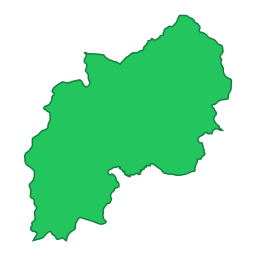 the district of Rueso, Narathiwat, Thailand
{"feature_id": "78962969B48534780184393", "entity_name": "Rueso", "entity_type": "district", "adm_level": 2, "iso_a3": "THA", "parent_name": "Thailand", "parent_adm1": "Narathiwat", "projection": "mercator", "projection_center": [101.513, 6.372], "detail": "fine", "context": "isolated", "style": "filled", "palette": "green", "viewbox_px": 256, "rotation_deg": 0, "n_neighbors": 0, "source": "geoboundaries", "source_scale": "gbopen_adm2", "svg_char_len": 5772}
<svg xmlns="http://www.w3.org/2000/svg" viewBox="0 0 256 256"><path d="M186.3,15.6L181.5,15.4L179.3,15.7L178.2,17.9L176.8,21.6L176.0,22.8L172.7,26.4L171.3,26.6L170.0,26.3L168.7,26.5L167.3,27.8L165.3,28.7L164.5,29.4L164.1,31.4L163.3,32.8L163.1,33.3L163.5,34.4L163.0,35.1L161.0,35.5L159.9,36.3L159.9,36.8L159.3,37.7L158.6,37.9L157.7,38.8L155.7,39.9L153.6,40.1L153.3,39.9L153.0,39.0L151.9,38.6L151.5,38.6L150.6,40.4L148.0,40.9L148.1,42.8L146.9,43.5L146.4,44.8L144.6,46.2L143.9,47.1L143.2,49.7L142.5,50.6L140.3,50.7L138.2,52.2L137.0,52.7L134.7,52.9L132.8,52.8L130.2,54.5L128.5,56.1L126.9,57.0L125.5,58.2L123.3,60.7L121.6,62.3L120.1,64.3L119.0,63.3L118.6,63.1L117.8,63.0L117.1,62.7L116.2,61.8L113.2,61.5L112.0,60.5L109.7,60.1L109.2,59.9L105.7,57.5L104.6,56.4L104.1,55.4L103.4,55.0L99.7,54.4L95.8,54.0L87.7,53.7L85.9,52.6L85.4,52.5L84.6,52.7L85.9,54.3L86.4,55.6L86.1,56.6L84.5,59.3L84.3,60.6L84.3,62.0L84.6,62.5L86.6,64.1L87.0,65.2L85.7,70.1L85.7,70.9L85.9,71.5L87.1,72.8L88.1,74.3L88.4,75.8L88.3,78.2L88.5,79.4L89.1,80.9L90.0,82.2L89.5,84.4L88.4,85.9L87.0,86.7L86.2,86.8L85.3,86.5L84.2,85.7L83.8,85.2L81.4,81.0L80.4,80.2L79.3,79.9L71.7,81.6L70.1,82.3L68.5,82.8L66.7,82.8L64.9,82.5L63.6,82.1L62.2,82.0L60.7,82.8L58.3,84.3L54.2,87.4L53.3,88.5L52.4,90.4L52.2,91.6L52.5,92.1L54.2,93.3L54.4,94.0L54.0,94.7L52.6,95.9L51.9,97.1L51.9,99.9L50.2,103.1L49.2,104.4L48.7,104.8L47.1,105.6L45.1,106.3L43.9,107.6L43.7,108.1L43.9,108.7L48.2,111.8L49.6,112.3L49.9,112.7L50.2,119.2L50.0,120.0L48.1,124.7L48.0,125.5L48.0,127.3L47.7,127.8L45.8,129.5L44.4,130.2L42.7,130.4L41.9,130.9L37.7,135.2L35.8,136.1L33.3,137.8L32.5,138.7L32.3,139.9L32.3,142.6L32.5,144.7L32.3,145.9L31.8,146.9L29.2,150.7L25.7,153.2L24.6,156.2L25.0,158.5L25.0,161.3L26.2,164.3L28.4,166.1L30.3,167.2L33.4,169.9L33.9,170.5L34.2,171.3L34.4,172.9L34.2,176.5L33.9,178.1L33.4,179.5L32.5,181.1L29.5,184.3L29.3,185.0L29.3,185.6L30.7,189.5L30.8,190.4L30.4,196.7L30.8,197.4L31.4,197.9L33.4,198.9L33.8,199.3L34.1,200.0L34.2,201.1L34.2,203.9L34.9,205.2L35.6,205.7L36.2,206.4L36.5,207.2L36.5,208.6L34.8,211.2L34.5,212.2L34.5,213.3L35.2,217.8L35.0,219.1L34.4,220.5L33.6,221.3L32.3,222.1L31.9,222.7L31.8,223.6L32.1,224.4L32.1,225.4L31.6,226.3L30.9,227.0L30.5,229.0L32.3,231.2L33.0,231.4L34.8,231.4L35.9,232.2L36.8,233.1L37.1,233.8L36.9,234.7L35.1,237.1L33.2,240.5L39.5,238.9L42.9,237.7L46.6,233.5L48.7,231.9L50.3,231.5L51.5,232.3L51.9,233.7L52.7,234.7L54.5,235.6L55.5,236.9L56.1,238.1L56.9,239.2L58.5,239.2L61.9,238.0L63.6,238.5L65.2,240.1L66.3,240.6L66.8,239.2L67.2,236.6L69.3,233.2L71.9,231.1L74.2,229.7L75.1,228.8L75.3,226.2L75.8,223.2L78.1,219.1L79.0,218.0L80.3,217.5L91.5,220.9L99.2,223.8L101.5,224.2L104.0,223.6L105.4,222.9L106.2,221.7L105.5,220.8L104.0,219.7L103.0,216.3L102.9,215.1L103.4,212.4L103.1,210.4L103.4,209.1L104.8,206.6L106.3,204.9L107.5,203.1L109.1,203.4L109.6,203.1L110.1,202.4L111.4,199.6L111.4,198.8L110.7,196.6L110.6,194.8L111.7,192.6L113.3,191.3L114.4,190.1L114.4,188.6L118.4,187.0L118.8,186.7L119.0,186.1L118.8,184.1L118.4,182.6L116.4,180.7L116.2,179.4L115.4,177.1L114.1,175.4L113.0,174.4L112.1,174.0L111.6,174.1L110.8,174.8L110.0,174.8L108.9,174.1L108.0,173.2L108.1,171.5L108.5,170.6L109.1,170.0L111.3,168.9L113.4,167.6L117.4,166.9L118.2,166.5L118.4,166.2L119.3,166.7L120.2,166.9L120.4,167.2L120.3,167.6L119.5,167.7L119.4,167.9L119.5,168.2L122.3,170.0L122.9,171.4L123.6,171.2L123.8,172.0L124.2,171.8L124.9,171.9L125.1,173.3L124.7,174.2L125.4,174.7L125.9,174.8L126.0,175.2L126.4,175.2L126.8,174.9L127.6,175.1L127.7,176.0L128.9,175.6L128.9,176.4L129.1,176.7L129.6,176.4L130.0,176.5L130.3,176.3L130.5,175.9L130.5,174.8L130.8,174.5L131.8,174.8L133.5,174.9L134.7,174.4L135.4,173.7L136.1,173.4L136.8,173.4L137.4,173.9L137.6,173.7L137.4,173.4L137.7,173.2L137.9,173.3L138.3,174.1L138.7,174.5L139.8,174.4L140.1,174.0L140.0,173.7L140.3,173.3L140.0,172.5L140.0,172.0L140.9,171.8L141.2,171.5L140.6,170.6L140.7,170.0L140.9,169.9L141.6,170.3L142.6,169.9L143.2,168.8L144.0,169.1L144.2,168.7L144.3,167.7L145.2,167.0L145.5,166.3L146.2,167.0L146.5,167.0L146.6,165.6L147.4,165.6L148.2,165.4L148.9,165.9L150.1,165.8L150.7,164.6L150.6,164.1L150.9,163.6L152.2,163.6L154.7,165.1L158.4,167.8L161.0,169.4L162.4,171.5L164.2,173.0L168.2,174.0L172.8,174.2L176.3,175.3L180.3,175.2L186.1,174.0L190.3,172.3L191.2,171.7L194.5,171.2L195.2,169.8L194.5,168.3L194.7,167.7L195.3,167.1L195.7,165.2L196.4,163.5L197.5,161.6L197.5,161.0L197.0,159.6L197.9,159.0L199.9,159.2L200.8,159.0L201.2,158.2L201.8,157.7L202.3,156.3L203.6,155.4L204.3,155.2L204.7,154.1L204.7,153.0L203.9,152.4L203.8,152.0L204.2,150.9L204.2,150.2L203.4,148.0L202.1,143.0L200.3,142.9L198.8,142.0L198.1,140.4L198.0,139.6L198.1,138.6L198.7,137.6L199.5,136.6L203.1,134.8L204.4,133.0L204.9,132.6L206.5,132.7L208.2,133.8L208.8,133.9L209.6,133.4L211.3,133.8L211.7,133.7L212.5,132.1L213.0,130.3L214.5,129.4L215.6,128.5L217.4,128.8L219.7,130.1L222.3,130.3L219.3,127.6L219.0,126.0L216.9,124.5L216.1,123.6L214.6,121.5L213.9,119.9L213.8,118.2L214.4,116.8L216.1,114.5L216.4,113.2L215.8,111.8L214.3,109.8L214.1,108.6L213.0,107.7L212.2,106.5L212.2,105.1L213.4,104.5L214.8,104.3L215.9,103.6L217.7,101.8L219.0,100.8L220.4,100.3L223.1,99.6L226.4,99.3L227.9,98.8L228.3,97.0L228.5,94.5L228.9,93.3L230.3,91.1L231.1,88.6L231.4,80.1L230.5,79.1L228.1,78.1L225.8,76.6L225.0,75.5L223.9,73.8L223.6,72.6L223.3,71.1L223.1,67.5L221.7,65.2L220.8,62.5L221.1,61.2L221.6,60.1L221.4,58.8L220.4,57.9L220.1,56.6L220.6,55.2L222.3,53.3L223.0,51.7L222.6,47.7L222.1,46.0L221.0,45.1L218.4,44.4L215.7,41.0L214.4,39.9L213.3,39.3L209.1,37.8L208.1,36.9L206.1,34.6L205.1,33.9L202.8,32.6L200.1,32.1L199.3,31.1L199.1,30.0L199.9,28.4L199.9,26.7L197.5,23.5L195.3,22.7L194.4,22.1L194.2,21.7L194.5,21.0L192.4,18.7L191.3,18.1L190.1,18.2L189.2,17.7L188.8,17.0L187.7,16.1L186.3,15.6Z" fill="#22c55e" stroke="#15803d" stroke-width="1.5"/></svg>